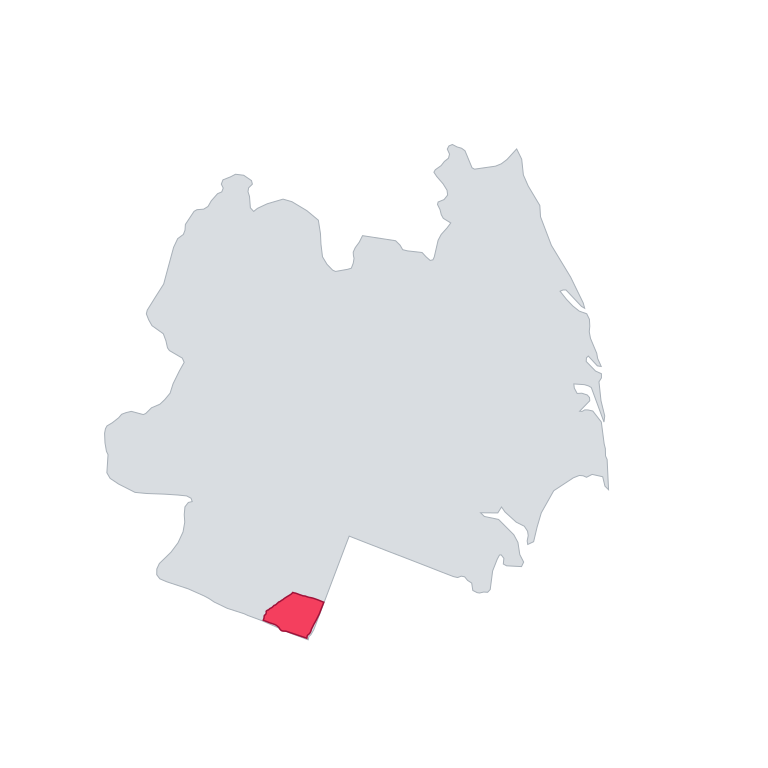 location of Ntem, Wouleu-Ntem, Gabon, rotated 201°
{"feature_id": "22940354B82512793469031", "entity_name": "Ntem", "entity_type": "district", "adm_level": 2, "iso_a3": "GAB", "parent_name": "Gabon", "parent_adm1": "Wouleu-Ntem", "projection": "mercator", "projection_center": [11.684, 2.068], "detail": "fine", "context": "in_parent", "style": "filled", "palette": "rose", "viewbox_px": 768, "rotation_deg": 201, "n_neighbors": 0, "source": "geoboundaries", "source_scale": "gbopen_adm2", "svg_char_len": 4505}
<svg xmlns="http://www.w3.org/2000/svg" viewBox="0 0 768 768"><g transform="rotate(201 384 384)"><path d="M529.8,129.9L529.4,135.9L522.6,150.6L519.4,161.9L518.6,173.9L520.5,183.6L523.7,190.5L525.8,198.0L524.2,203.3L520.9,205.5L523.2,208.2L528.1,208.8L536.6,206.5L549.5,202.5L566.4,196.7L577.6,193.6L596.0,195.5L605.8,197.7L610.9,201.8L616.3,219.1L619.0,221.7L623.4,229.1L627.2,237.9L628.0,242.4L627.6,245.6L623.8,250.4L619.6,257.4L618.1,261.7L614.6,264.8L610.1,267.9L597.8,269.2L595.9,271.0L592.5,278.5L586.0,284.8L583.1,290.8L580.4,298.8L581.0,308.7L579.7,322.9L578.3,332.6L581.6,335.9L596.3,338.3L599.1,340.2L603.0,346.1L608.0,351.8L621.5,355.3L626.7,359.6L631.0,364.3L631.5,368.1L628.5,383.6L625.5,398.4L626.7,409.7L627.8,420.5L629.4,436.2L628.7,445.8L624.9,451.7L624.9,456.3L626.6,461.8L623.2,477.1L621.1,479.7L615.0,482.6L611.9,486.7L610.9,493.1L607.6,502.0L604.3,505.2L604.3,509.3L607.5,512.3L607.5,516.9L601.5,522.4L597.8,526.6L589.8,528.6L580.6,526.4L578.5,523.4L580.7,518.6L579.9,514.8L576.8,510.9L571.9,500.6L567.5,498.4L565.1,502.6L557.6,510.4L544.5,520.4L535.3,521.2L518.2,518.2L504.0,513.4L497.2,501.6L493.0,492.0L487.0,480.7L480.1,475.3L472.8,471.9L469.6,471.7L459.1,478.0L456.0,480.4L456.0,485.7L457.0,490.6L458.6,493.0L460.0,496.1L459.7,501.0L457.9,507.6L457.2,514.8L424.5,521.9L418.8,519.4L414.7,516.1L409.8,516.7L395.6,520.4L390.3,517.8L385.2,515.9L382.8,517.5L382.6,520.6L385.0,537.6L384.2,544.1L381.0,552.5L379.4,558.3L388.0,559.9L391.2,562.6L394.2,566.9L398.4,570.8L398.7,573.3L394.0,577.7L392.3,583.2L394.6,587.5L400.5,592.0L409.1,596.6L413.3,599.6L412.9,602.4L408.9,608.4L407.4,613.4L404.7,617.9L405.2,622.1L409.1,626.0L408.7,629.5L406.0,632.1L400.7,631.5L396.1,631.9L392.0,630.8L379.3,617.4L376.5,617.0L358.0,627.3L353.4,631.6L349.6,637.7L344.4,651.0L336.0,643.2L328.8,629.1L320.3,620.5L302.5,606.5L297.8,596.2L277.4,573.4L248.1,550.7L227.0,531.0L223.8,526.6L227.4,527.2L247.8,537.0L250.6,535.9L252.9,533.7L244.1,528.5L235.7,524.5L227.8,522.0L219.9,522.2L215.4,518.0L212.6,511.7L211.1,506.3L207.6,500.6L196.4,488.9L193.7,484.4L187.5,478.2L191.3,477.4L203.3,483.3L204.4,481.0L203.3,477.5L191.2,471.9L184.7,471.5L183.2,467.6L184.1,463.1L175.4,446.1L166.5,433.3L165.0,427.3L189.2,455.0L192.5,455.5L196.7,455.2L206.8,452.1L204.9,448.4L200.3,444.4L196.0,446.3L190.3,446.6L187.3,445.0L185.9,442.1L191.6,428.7L189.2,429.4L187.3,431.8L184.2,432.9L179.4,433.6L167.5,426.4L157.0,407.0L154.2,403.0L151.4,396.2L148.6,393.4L136.5,365.8L141.1,367.8L146.6,375.8L157.3,374.2L161.5,369.5L165.2,369.7L168.9,368.6L173.6,364.3L187.3,345.2L191.0,320.1L189.8,305.2L187.8,290.4L192.3,285.7L194.1,288.8L195.0,294.1L197.2,298.0L202.0,301.5L211.1,302.4L225.2,307.9L230.2,311.3L231.6,304.4L247.7,298.4L242.8,296.3L228.5,298.6L208.8,289.8L202.2,284.1L196.1,273.4L189.8,267.8L190.2,262.8L204.4,258.2L208.1,258.7L209.6,264.2L213.4,266.5L214.9,265.7L215.5,261.0L215.6,248.4L211.2,230.2L212.6,226.7L216.4,225.5L219.9,223.1L222.3,222.6L227.1,223.1L229.5,227.3L230.8,229.6L235.6,230.6L239.6,232.9L243.0,232.3L245.9,229.7L250.1,229.1L262.9,229.1L274.6,229.2L297.9,229.3L321.2,229.3L344.5,229.4L362.0,229.5L362.0,219.1L361.9,203.1L361.8,184.2L361.7,166.0L361.6,149.2L361.5,129.4L362.4,123.7L363.6,121.3L363.1,118.0L381.2,117.8L413.8,119.3L428.1,119.1L432.1,119.4L449.9,118.4L464.4,119.6L470.5,121.0L476.0,121.7L493.3,122.6L515.9,121.5L523.5,121.8L527.8,124.5L529.8,129.9Z" fill="#d9dde1" stroke="#a8b0b8" stroke-width="1"/><path d="M412.1,120.2L404.8,120.1L401.4,120.3L399.1,120.3L397.7,120.0L396.4,119.6L394.9,119.1L393.6,118.0L392.0,117.2L391.3,117.0L389.9,117.1L388.7,117.5L386.9,118.1L364.9,119.0L365.1,120.0L365.4,120.9L365.4,121.6L365.2,122.3L364.9,122.8L364.3,123.9L364.0,124.6L363.7,126.8L363.8,128.4L363.9,129.4L363.7,130.7L363.4,134.3L362.8,138.3L362.0,146.2L362.0,158.7L364.1,158.7L368.0,158.8L372.2,158.7L373.9,158.6L375.9,158.3L377.3,158.0L379.3,157.8L381.6,157.8L382.7,157.5L383.8,157.2L385.2,157.2L387.4,157.1L389.8,157.1L390.6,157.1L392.0,157.0L392.8,156.8L394.5,156.7L394.8,155.8L395.3,154.7L395.8,154.0L396.5,153.0L398.1,151.0L399.0,149.8L400.1,148.3L400.7,147.3L401.0,146.6L401.6,145.9L402.3,145.1L402.7,144.3L403.1,143.7L403.7,143.2L404.3,142.6L404.6,141.8L405.2,140.7L405.6,139.7L406.3,138.7L407.3,137.9L407.8,136.7L408.4,135.4L408.9,134.7L409.9,133.7L410.4,132.8L410.9,131.7L411.5,131.3L412.0,130.7L412.5,129.9L412.5,129.3L412.1,128.8L411.9,127.9L411.9,126.7L412.1,126.1L412.7,125.3L412.7,124.4L412.4,123.5L412.1,122.2L412.1,120.2Z" fill="#f43f5e" stroke="#9f1239" stroke-width="1.5"/></g></svg>